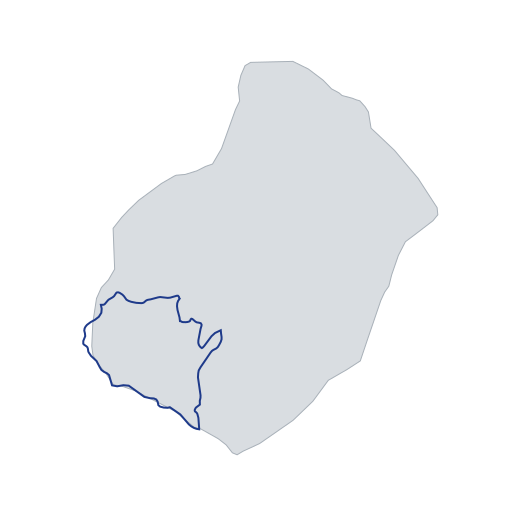 Lesotho, with Mokhotlong highlighted, rotated 168°
{"feature_id": "LSO-1213", "entity_name": "Mokhotlong", "entity_type": "District", "adm_level": 1, "iso_a3": "LSO", "parent_name": "Lesotho", "parent_adm1": "", "projection": "robinson", "projection_center": [28.96, -29.168], "detail": "fine", "context": "in_parent", "style": "outline", "palette": "blue", "viewbox_px": 512, "rotation_deg": 168, "n_neighbors": 0, "source": "natural_earth", "source_scale": "10m", "svg_char_len": 2909}
<svg xmlns="http://www.w3.org/2000/svg" viewBox="0 0 512 512"><g transform="rotate(168 256 256)"><path d="M333.4,346.6L319.3,351.2L317.3,351.6L308.3,350.5L296.2,351.6L286.7,354.1L279.4,355.0L267.4,368.2L245.6,403.5L239.8,411.0L238.3,424.9L233.2,435.9L227.1,444.5L221.0,446.5L202.8,443.1L179.5,438.7L165.9,428.0L153.8,414.0L147.4,403.8L140.8,398.2L138.5,395.1L129.0,390.3L125.4,387.9L122.2,386.2L118.3,379.4L116.1,373.5L116.9,357.1L110.1,347.3L98.6,330.6L91.3,316.9L81.3,298.2L75.2,282.2L68.8,265.6L69.6,258.5L75.6,253.7L93.2,245.3L106.9,238.9L116.6,227.0L127.2,209.4L132.4,198.8L137.6,194.0L143.2,186.5L153.1,169.9L164.1,151.5L175.8,131.7L190.7,126.0L211.1,119.4L230.6,102.1L253.9,87.6L291.5,71.8L309.1,67.8L315.8,65.5L320.0,68.4L324.5,77.5L330.9,85.1L345.8,98.2L352.1,101.4L367.4,120.9L383.8,134.3L402.7,149.6L415.5,157.3L422.1,159.4L427.5,173.1L433.0,183.2L436.1,192.7L435.4,201.9L429.5,224.6L420.8,247.7L413.8,257.3L405.3,263.3L397.0,272.5L393.8,291.0L390.0,312.8L379.2,321.8L370.8,327.6L359.1,334.9L333.4,346.6Z" fill="#d9dde1" stroke="#a8b0b8" stroke-width="1"/><path d="M352.5,100.8L354.7,102.8L356.7,105.3L363.0,116.8L371.7,126.0L374.0,125.9L377.7,126.9L381.1,128.6L382.5,130.4L382.5,134.1L383.4,136.4L385.5,137.9L389.1,138.9L394.5,141.4L407.4,155.6L412.6,157.2L418.9,157.4L423.7,159.4L424.5,170.1L426.2,172.3L428.7,174.2L430.9,176.7L432.0,179.9L433.8,186.4L438.1,192.5L439.7,196.5L439.9,197.6L439.7,200.5L439.9,201.8L440.6,202.9L442.7,205.1L443.2,206.1L442.6,208.8L439.7,213.1L439.4,216.0L439.5,218.7L438.7,220.8L437.4,222.4L435.6,223.8L431.5,225.7L426.8,227.1L422.4,229.2L419.1,232.6L417.9,236.5L417.9,240.5L415.2,240.0L414.5,240.2L413.8,240.5L410.1,243.4L409.1,244.0L404.8,245.4L403.2,246.2L400.3,249.0L399.5,249.3L398.1,249.0L396.9,248.2L394.7,246.0L393.5,244.1L391.8,240.2L390.0,238.6L387.5,237.1L382.9,235.1L377.9,233.7L376.5,233.6L375.2,233.9L372.9,235.2L371.5,235.6L369.9,235.6L368.1,235.5L360.4,235.9L358.3,235.8L351.1,233.4L348.6,233.1L341.6,233.6L340.5,233.3L339.9,232.1L339.8,231.5L339.9,230.8L339.5,230.2L341.6,228.2L342.9,226.1L343.7,223.3L344.0,219.5L343.6,211.9L343.9,208.1L343.0,207.8L342.4,207.1L341.2,206.5L338.6,205.9L336.8,205.7L335.1,205.8L334.2,206.1L333.6,206.8L333.1,207.6L332.3,208.1L331.3,207.6L328.9,204.4L327.7,203.4L325.4,202.5L324.0,201.7L323.5,200.3L323.8,199.1L325.4,196.2L329.9,185.5L330.5,183.0L330.4,181.1L329.7,179.2L328.9,178.0L328.1,177.2L327.0,177.6L325.3,178.8L316.2,186.8L312.1,189.2L305.9,190.7L306.3,187.4L306.5,184.0L307.0,181.7L308.3,179.4L310.7,176.5L312.4,174.8L314.2,173.8L317.2,173.0L318.7,172.4L320.4,171.1L333.4,158.7L335.8,156.0L336.9,153.3L338.0,149.4L339.2,131.3L339.8,128.8L341.1,126.0L341.8,122.3L346.1,120.3L346.9,119.6L347.9,118.2L348.1,117.4L348.0,116.7L347.6,116.2L347.2,115.8L346.9,115.3L346.5,114.7L346.2,113.7L346.0,109.7L347.5,98.8L347.6,98.3L350.1,99.3L352.5,100.8L352.5,100.8Z" fill="none" stroke="#1e3a8a" stroke-width="2"/></g></svg>